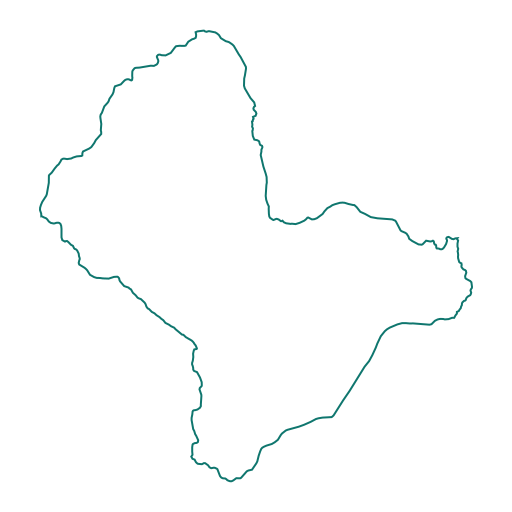 the district of Maliana, Bobonaro, East Timor
{"feature_id": "22284137B67837040381832", "entity_name": "Maliana", "entity_type": "district", "adm_level": 2, "iso_a3": "TLS", "parent_name": "East Timor", "parent_adm1": "Bobonaro", "projection": "orthographic", "projection_center": [125.209, -8.986], "detail": "fine", "context": "isolated", "style": "outline", "palette": "teal", "viewbox_px": 512, "rotation_deg": 0, "n_neighbors": 0, "source": "geoboundaries", "source_scale": "gbopen_adm2", "svg_char_len": 5984}
<svg xmlns="http://www.w3.org/2000/svg" viewBox="0 0 512 512"><path d="M100.4,117.9L101.3,124.0L100.8,130.2L101.2,132.0L101.2,134.0L95.8,140.1L94.2,143.1L91.3,147.1L89.1,148.6L83.0,151.5L82.4,153.1L82.3,155.5L81.4,156.0L76.7,156.4L73.2,157.5L71.2,158.5L67.1,159.1L64.7,158.7L63.1,158.7L61.4,159.6L60.6,161.3L58.6,164.4L57.1,165.6L54.7,168.5L51.7,172.7L49.3,174.9L48.9,175.7L48.8,182.9L46.8,194.2L46.2,195.8L42.3,201.8L41.0,204.8L40.1,207.7L40.0,210.1L41.2,213.6L41.3,216.3L41.7,216.2L43.7,217.3L46.1,218.3L47.2,219.3L48.8,221.5L50.8,222.9L53.6,223.5L54.6,223.4L56.4,222.8L58.2,222.7L59.4,223.0L60.5,224.0L61.2,225.9L61.5,228.8L61.5,237.4L62.3,240.1L65.0,241.6L65.6,241.2L67.0,241.0L68.2,241.9L71.0,244.8L72.9,245.8L74.1,248.3L74.7,248.9L75.9,249.3L77.1,250.4L78.7,253.6L79.0,256.1L79.7,258.2L79.7,259.3L79.3,260.2L78.7,262.9L79.2,264.5L84.6,267.8L86.2,269.2L87.2,270.3L90.0,274.8L94.1,277.1L96.7,277.9L100.0,278.0L102.9,278.4L108.7,278.6L114.0,276.9L117.3,276.7L118.0,277.0L119.1,278.3L119.5,280.2L120.1,281.4L124.2,286.1L128.6,287.6L129.4,288.5L131.0,289.4L132.9,292.8L135.6,295.2L137.6,297.7L138.9,298.4L140.9,299.1L144.6,302.6L145.6,304.2L146.4,306.6L147.7,308.4L149.1,309.1L151.8,311.9L154.5,313.3L156.5,315.2L159.5,317.1L161.3,318.8L163.3,320.2L165.4,322.9L169.0,324.7L171.0,326.2L174.2,327.7L175.5,329.2L182.0,334.6L183.4,334.8L185.9,337.2L191.6,340.5L192.8,341.6L193.9,342.9L194.1,343.5L195.7,345.5L196.9,348.4L196.6,349.0L194.3,349.4L193.7,350.9L193.1,353.7L193.3,357.1L192.8,360.7L192.1,363.0L192.1,364.5L192.7,365.9L193.2,368.0L193.2,369.4L193.7,370.5L194.2,371.0L197.0,372.1L200.0,377.5L201.7,382.2L201.8,385.3L201.6,386.1L199.8,388.0L199.5,389.4L201.3,394.7L201.4,396.0L200.8,405.1L200.9,406.0L200.0,407.7L197.5,409.5L195.5,410.1L193.8,410.3L193.1,410.7L192.6,411.5L192.3,414.5L191.6,417.9L191.6,420.1L193.2,429.1L194.2,430.9L195.2,434.2L196.1,435.6L198.2,440.2L197.9,442.0L197.4,442.5L196.2,443.0L194.8,443.1L193.1,443.9L192.6,444.5L192.2,447.2L192.2,451.6L192.5,454.8L191.3,456.6L192.5,458.8L194.6,459.6L195.9,462.1L197.1,463.3L197.9,463.8L201.9,464.2L204.0,463.1L205.2,463.2L208.1,465.3L209.5,467.3L211.2,468.2L213.8,467.7L214.8,467.8L216.8,468.7L217.4,469.2L220.0,476.0L221.1,477.4L222.1,478.0L222.9,478.3L225.3,478.5L226.5,479.3L227.3,480.2L229.5,481.1L231.0,481.3L231.9,481.1L233.3,480.4L236.3,478.2L240.1,478.3L241.1,477.8L246.8,471.3L248.4,470.5L252.0,469.7L256.3,463.4L257.3,461.4L258.7,455.7L260.2,451.3L261.3,448.8L262.3,447.7L264.0,446.7L266.5,445.6L271.8,444.0L274.7,442.3L277.9,439.8L280.8,435.0L282.0,433.5L285.8,430.5L287.5,429.8L298.8,426.7L304.0,424.8L310.6,421.9L316.0,419.0L318.4,418.3L322.5,417.6L331.6,417.1L332.4,416.5L333.6,415.4L343.1,400.4L349.6,390.9L364.6,366.7L369.1,361.1L372.3,355.2L375.8,347.6L377.3,343.6L380.8,336.2L384.8,331.2L387.0,329.3L389.8,327.6L397.4,324.4L402.2,323.1L405.6,323.1L410.0,323.5L413.0,323.4L429.5,324.7L431.5,324.2L434.9,320.8L437.5,319.5L439.5,319.0L440.6,318.9L443.3,319.0L444.8,319.4L448.6,319.1L452.1,317.8L454.2,317.8L455.4,315.5L456.9,313.6L456.9,311.9L458.7,311.1L459.7,309.4L460.7,308.3L461.1,306.6L461.9,305.0L461.9,303.8L462.3,302.5L464.0,300.9L465.3,300.5L465.8,299.9L466.2,298.4L466.9,297.4L468.0,296.4L470.2,295.2L470.7,294.4L471.2,292.7L470.5,290.6L470.8,289.5L471.9,287.9L472.0,286.8L471.4,282.3L470.3,281.1L466.1,278.8L465.4,278.1L465.1,276.1L466.3,272.7L465.9,270.8L465.0,270.0L463.4,269.4L462.0,267.8L461.5,267.0L461.4,266.0L461.7,265.0L461.4,263.3L460.3,262.9L459.2,262.0L458.1,258.2L458.0,256.4L458.2,255.0L457.9,252.5L457.6,251.5L458.2,248.8L457.5,246.7L457.5,243.5L458.1,240.5L456.9,238.9L457.4,238.2L455.3,238.4L453.5,239.2L451.9,238.9L448.7,236.9L447.2,237.2L446.5,237.9L446.3,238.7L447.0,240.2L447.0,241.0L446.1,244.0L444.0,247.5L442.5,249.0L441.4,249.3L440.1,249.2L438.9,248.6L436.7,248.4L436.3,247.6L436.1,245.3L435.7,244.7L434.9,244.6L434.2,243.6L433.8,241.4L432.9,240.7L431.6,241.3L430.3,241.5L426.1,240.7L422.7,244.2L421.7,244.7L418.5,244.4L412.2,241.0L409.2,238.8L408.4,236.4L406.6,233.7L405.1,232.7L401.4,231.1L400.5,230.3L396.1,221.8L395.3,220.7L392.2,219.4L377.5,218.3L370.8,217.1L365.0,213.9L360.3,211.8L356.7,207.2L354.4,205.1L353.0,205.0L348.5,204.0L344.7,202.8L342.6,202.6L339.9,202.8L334.7,204.3L332.3,205.2L330.3,206.6L327.4,208.1L324.4,211.4L322.6,214.0L316.9,218.2L314.3,219.2L311.9,219.4L308.2,217.5L307.4,217.7L305.9,219.4L304.2,220.7L299.7,222.8L295.6,224.1L291.8,223.7L290.7,223.9L286.2,223.3L283.9,222.3L282.5,220.7L281.8,221.1L280.8,221.1L278.7,219.5L277.0,218.9L276.2,218.9L273.5,220.0L272.7,219.7L270.0,217.8L269.3,216.5L268.9,213.9L268.7,208.9L268.8,206.4L267.5,203.6L266.2,199.8L265.7,195.9L266.4,184.9L266.8,182.7L266.6,177.0L265.7,173.6L263.4,166.6L260.7,155.0L261.4,151.6L261.4,149.7L262.3,147.6L262.4,146.9L262.0,145.8L260.2,144.9L259.6,143.5L259.2,141.6L258.7,141.0L257.2,140.2L254.3,139.6L252.8,135.9L252.3,131.0L252.7,130.2L252.9,128.3L252.1,126.7L252.4,124.8L252.0,121.5L252.7,121.2L253.0,119.3L253.6,118.8L253.0,116.9L255.6,115.8L256.4,113.6L255.8,111.9L253.7,109.7L253.4,108.3L254.0,106.9L255.1,106.0L254.2,102.4L250.5,98.1L244.8,88.4L244.0,85.7L244.2,78.5L244.9,75.5L246.0,68.7L245.9,66.9L240.6,57.0L238.8,54.4L233.8,45.9L232.4,44.5L230.0,42.8L228.7,42.0L225.8,41.2L220.9,38.2L219.0,35.1L217.1,33.5L215.3,32.4L209.3,31.2L208.5,31.2L206.5,31.8L205.0,31.4L204.1,30.7L203.0,30.7L197.5,31.4L195.6,32.2L196.1,34.4L196.1,36.0L195.7,37.8L194.1,38.7L192.1,39.3L188.3,41.7L185.7,45.6L184.3,45.9L179.4,45.8L176.1,46.2L175.0,47.3L170.8,52.9L165.6,55.4L161.6,55.2L160.2,54.7L159.1,54.6L158.1,54.9L156.9,56.2L156.9,57.1L158.2,60.2L158.3,61.3L157.8,63.0L157.0,64.2L156.3,64.7L153.9,65.9L150.8,65.7L139.5,67.6L135.9,67.8L134.6,68.2L132.7,70.5L132.3,71.7L132.2,76.1L132.4,77.7L132.1,79.9L131.5,80.4L130.5,80.2L129.3,79.5L128.0,79.2L126.6,79.4L125.3,79.9L124.1,80.9L120.8,84.4L115.0,86.3L114.3,88.0L113.5,92.1L112.5,94.4L109.5,98.7L108.5,101.5L107.5,102.9L104.3,106.4L101.9,112.8L100.7,114.6L100.3,116.3L100.4,117.9Z" fill="none" stroke="#0f766e" stroke-width="2"/></svg>